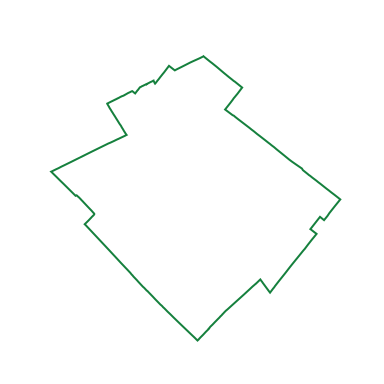 the district of Bailesti, Dolj, Romania, rotated 37°
{"feature_id": "2599482B66668126820138", "entity_name": "Bailesti", "entity_type": "district", "adm_level": 2, "iso_a3": "ROU", "parent_name": "Romania", "parent_adm1": "Dolj", "projection": "equal_earth", "projection_center": [23.267, 44.009], "detail": "fine", "context": "isolated", "style": "outline", "palette": "green", "viewbox_px": 384, "rotation_deg": 37, "n_neighbors": 0, "source": "geoboundaries", "source_scale": "gbopen_adm2", "svg_char_len": 5433}
<svg xmlns="http://www.w3.org/2000/svg" viewBox="0 0 384 384"><g transform="rotate(37 192 192)"><path d="M287.8,291.3L287.8,291.0L287.6,291.0L287.7,290.0L287.7,288.6L288.2,285.6L288.6,282.0L288.8,280.6L289.1,278.2L289.5,275.4L289.5,274.7L289.6,273.9L289.8,273.0L289.9,271.9L289.9,271.2L290.1,270.3L290.1,269.7L290.2,268.7L290.5,266.4L291.0,264.3L292.0,259.0L295.1,243.0L296.6,234.8L297.2,231.3L298.4,225.7L299.0,221.8L299.0,221.7L299.2,220.7L301.0,221.3L301.9,221.5L303.3,222.0L313.4,225.0L314.9,225.4L314.9,220.1L315.0,218.9L314.9,217.2L315.0,211.0L315.3,201.0L315.4,192.8L315.5,189.3L316.0,175.4L316.1,172.4L316.2,170.6L316.3,169.9L316.3,168.4L316.3,163.9L316.4,158.5L316.7,150.5L308.9,150.4L309.2,134.8L314.4,135.0L314.6,129.6L314.4,126.2L314.6,117.5L314.9,108.7L312.5,108.6L307.2,108.5L303.4,108.5L300.2,108.4L297.5,108.4L293.4,108.3L289.9,108.2L286.8,108.2L284.7,108.1L279.4,108.1L276.7,108.0L275.1,108.1L273.8,108.0L270.7,107.9L267.4,107.8L265.7,107.1L261.1,107.3L258.8,107.4L253.4,107.6L250.1,107.6L242.7,107.3L233.6,107.0L230.7,106.8L227.5,106.8L225.3,106.7L223.4,106.7L218.9,106.6L212.5,106.5L209.2,106.5L204.7,106.3L202.0,106.3L199.2,106.2L185.2,106.1L180.7,106.0L180.1,105.9L179.6,105.9L179.2,105.9L178.9,106.0L178.7,106.1L178.2,106.2L176.0,106.2L170.4,106.2L168.8,106.2L168.9,102.2L169.0,97.4L169.0,96.6L169.0,96.1L169.0,93.5L168.9,92.2L169.0,90.7L169.1,88.2L169.2,86.1L169.2,83.9L169.2,78.7L169.2,78.4L160.0,78.1L159.3,78.1L158.9,78.2L158.4,78.2L156.2,78.1L152.0,78.0L145.2,77.7L136.5,77.2L130.4,77.0L128.1,77.0L122.0,76.8L119.5,76.7L119.5,76.8L119.3,77.2L118.9,78.0L117.6,80.6L114.2,86.8L112.7,89.6L111.1,92.9L108.4,98.4L105.8,103.6L105.1,105.2L103.2,105.2L97.7,105.1L97.7,107.0L97.7,108.3L97.7,111.8L97.7,113.5L97.6,115.3L97.5,119.3L97.5,121.8L97.4,124.0L97.4,126.7L97.3,127.7L97.0,127.6L96.5,127.4L95.5,126.9L95.4,126.8L95.2,126.7L94.5,126.4L94.3,126.3L94.2,126.2L94.0,126.5L93.9,126.9L93.7,127.4L93.4,127.9L93.1,128.5L92.7,129.2L92.4,129.8L91.9,130.9L91.3,132.1L91.3,132.4L91.2,132.4L91.1,132.5L90.8,133.0L90.5,133.6L90.6,133.8L90.3,133.9L90.0,134.6L89.4,135.7L89.3,136.0L89.2,136.2L89.1,136.4L88.9,136.7L88.8,136.9L88.5,137.4L88.3,137.8L88.2,138.1L88.1,138.4L87.9,138.8L87.8,139.0L87.4,139.7L87.4,140.1L87.4,140.4L87.4,140.9L87.4,141.2L87.4,141.5L87.4,142.0L87.4,142.3L87.4,142.8L87.4,143.3L87.3,143.6L87.3,143.8L87.3,144.1L87.3,144.3L87.3,144.6L87.3,145.4L87.3,146.3L87.3,146.8L87.3,147.2L87.3,147.5L87.2,147.5L86.7,147.5L86.2,147.5L85.1,147.4L83.6,147.4L83.5,147.6L83.4,147.8L83.2,147.9L83.0,148.3L82.9,148.5L82.4,149.6L81.9,150.5L81.4,151.4L81.1,152.2L80.7,153.0L80.4,153.8L80.3,154.1L80.2,154.3L80.0,154.6L79.9,154.8L79.9,155.0L79.7,155.3L79.7,155.5L79.5,155.8L79.4,156.1L79.2,156.5L78.9,156.9L78.8,157.1L78.7,157.3L78.5,157.5L78.4,157.7L78.1,158.1L78.1,158.3L77.7,159.0L77.2,160.1L77.1,160.4L77.0,160.6L76.9,160.8L76.8,161.1L76.7,161.2L76.6,161.3L76.5,161.6L76.4,161.9L76.2,162.1L76.2,162.3L76.0,162.5L75.9,162.8L75.7,163.3L75.5,163.5L75.4,163.9L75.3,164.0L75.2,164.2L75.1,164.4L75.0,164.5L74.9,164.7L74.8,164.9L74.8,165.0L74.7,165.1L74.6,165.4L74.5,165.5L74.4,165.7L74.4,165.8L74.3,166.0L74.2,166.2L74.1,166.4L74.0,166.6L73.9,166.7L73.7,167.1L73.7,167.3L73.4,167.7L73.1,168.3L72.9,168.8L72.7,169.1L72.5,169.6L72.1,170.3L72.0,170.6L71.9,170.8L71.8,171.0L71.7,171.3L71.6,171.5L71.3,171.9L71.2,172.2L71.1,172.3L71.1,172.5L72.3,173.0L72.7,173.2L73.0,173.3L73.7,173.6L74.5,173.9L74.8,174.1L75.2,174.3L76.0,174.6L76.3,174.7L76.7,174.9L77.4,175.1L79.8,176.1L80.5,176.3L80.8,176.4L81.2,176.6L81.5,176.7L82.2,177.0L83.3,177.4L83.7,177.5L84.0,177.7L84.8,177.9L85.5,178.2L85.9,178.4L86.2,178.5L87.0,178.8L89.9,179.9L90.7,180.2L91.2,180.4L91.4,180.5L91.7,180.6L92.2,180.8L92.5,180.9L92.7,181.0L93.3,181.2L93.8,181.4L94.6,181.6L94.9,181.7L95.2,181.8L95.4,181.9L95.7,182.0L96.2,182.2L96.5,182.4L96.7,182.5L97.2,182.7L97.7,182.9L98.3,183.1L98.8,183.3L99.3,183.5L99.8,183.7L100.6,184.1L101.2,184.3L101.7,184.5L102.0,184.6L102.8,184.9L103.0,185.0L103.8,185.3L104.5,185.5L104.9,185.7L105.4,185.8L104.5,187.7L101.6,193.2L101.4,193.7L101.0,194.3L100.2,195.8L98.9,198.4L98.1,199.9L97.5,201.0L97.2,201.6L96.0,203.6L95.3,205.0L87.8,219.8L84.8,225.8L77.1,241.2L73.7,247.9L72.4,250.4L71.1,253.2L69.6,256.0L67.6,260.0L67.3,260.5L70.8,261.0L74.7,261.5L79.7,262.2L84.5,262.8L93.3,264.0L101.3,265.1L101.4,264.9L101.5,264.8L101.5,264.7L101.7,264.4L101.7,264.2L101.9,264.1L102.0,264.1L102.6,264.1L102.9,264.2L103.3,264.2L103.7,264.3L104.4,264.3L105.5,264.4L106.5,264.6L107.4,264.7L108.2,264.9L109.5,265.1L110.3,265.2L111.8,265.5L113.1,265.7L113.6,265.8L117.1,266.4L119.5,266.8L122.7,267.3L126.1,268.0L126.9,268.1L127.2,268.4L127.3,268.7L127.4,268.8L127.4,269.0L127.4,269.3L127.3,270.4L127.0,272.2L126.9,273.6L126.8,274.2L126.5,277.0L126.2,279.1L125.7,282.3L127.3,282.5L160.7,288.3L177.3,291.3L191.5,293.7L193.7,294.3L194.3,294.3L194.8,294.4L195.5,294.6L195.8,294.7L196.3,294.8L197.6,295.0L200.0,295.4L200.7,295.5L203.1,296.0L209.8,297.2L211.4,297.3L214.2,297.8L214.9,297.9L215.1,298.0L215.4,298.0L215.7,297.9L216.0,297.9L216.6,298.0L217.6,298.2L223.4,299.1L227.3,299.8L231.3,300.4L234.4,300.9L236.3,301.0L237.5,301.2L238.2,301.4L239.6,301.5L241.7,301.8L244.2,302.2L248.6,302.7L252.8,303.3L260.0,304.2L276.9,306.2L282.2,306.8L284.8,307.2L285.8,307.3L285.9,306.3L286.0,306.2L285.9,305.9L286.0,305.7L286.1,305.2L286.1,304.5L286.2,303.9L286.2,303.5L286.8,299.3L287.2,295.3L287.8,291.3Z" fill="none" stroke="#15803d" stroke-width="2"/></g></svg>